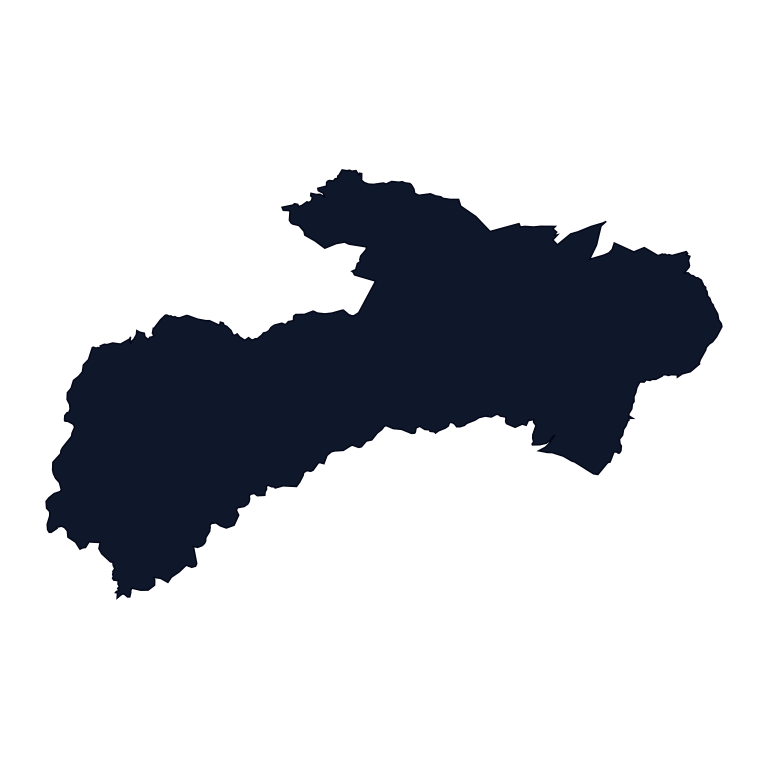 Huatlatlauca, Puebla, Mexico
{"feature_id": "50627088B76426864141477", "entity_name": "Huatlatlauca", "entity_type": "district", "adm_level": 2, "iso_a3": "MEX", "parent_name": "Mexico", "parent_adm1": "Puebla", "projection": "mercator", "projection_center": [-98.065, 18.679], "detail": "fine", "context": "isolated", "style": "filled", "palette": "ink", "viewbox_px": 768, "rotation_deg": 0, "n_neighbors": 0, "source": "geoboundaries", "source_scale": "gbopen_adm2", "svg_char_len": 6072}
<svg xmlns="http://www.w3.org/2000/svg" viewBox="0 0 768 768"><path d="M148.1,590.1L154.6,585.2L154.7,579.8L153.8,577.4L160.6,578.3L167.9,582.4L171.4,577.2L179.2,571.9L186.2,565.2L191.7,567.3L195.6,566.2L196.7,563.6L193.4,546.4L197.6,547.4L202.2,545.6L204.5,543.4L205.6,541.1L205.8,537.7L209.6,531.5L210.2,527.1L209.7,525.7L211.4,523.4L216.0,522.9L220.2,525.8L226.3,528.0L234.1,525.2L238.7,515.1L236.5,510.6L237.2,507.8L244.2,506.5L247.8,504.0L249.1,501.7L249.6,499.0L249.3,496.0L250.4,494.3L254.3,493.4L257.3,495.7L264.8,495.3L265.1,491.9L266.6,489.3L266.3,486.5L268.0,485.2L272.1,486.9L273.2,486.4L275.2,488.0L283.1,485.8L296.5,486.5L299.8,482.0L303.1,475.5L303.7,472.6L306.9,470.6L310.7,471.3L313.1,470.2L318.4,462.8L320.0,462.6L323.9,463.7L327.0,455.4L331.3,451.8L334.8,450.9L343.3,450.4L350.9,445.6L352.6,445.2L358.6,447.4L361.4,446.8L366.4,441.0L371.8,439.9L377.1,433.2L381.8,429.5L384.2,426.3L386.2,425.6L393.3,428.6L401.4,429.3L411.5,433.4L414.5,433.2L415.3,432.2L416.1,427.9L419.7,426.3L424.9,429.5L429.0,429.7L430.1,431.3L434.3,431.8L435.5,433.1L438.6,430.8L445.3,428.1L448.3,426.0L449.2,423.3L450.2,422.4L452.3,422.6L454.7,424.1L456.7,426.8L460.2,426.7L464.4,425.4L466.9,423.3L474.9,420.2L479.0,417.6L485.4,416.1L491.4,417.0L496.3,414.4L498.3,414.5L500.4,416.1L505.2,416.9L506.0,417.9L505.6,421.5L506.5,423.6L515.1,427.3L522.3,424.1L526.2,425.3L528.3,420.6L533.7,419.6L533.6,422.3L536.0,425.5L532.8,434.8L532.7,438.5L533.5,441.0L533.4,442.3L532.1,444.0L532.4,444.9L539.9,444.7L546.4,443.2L550.5,439.9L553.3,435.9L555.4,434.6L548.6,444.1L545.3,447.3L538.7,450.8L547.7,452.5L552.2,452.6L563.2,456.1L571.9,461.1L574.4,461.8L593.5,473.8L597.9,474.5L607.6,462.7L610.1,462.0L614.0,451.8L617.5,452.2L618.2,453.2L619.5,453.0L620.9,450.9L621.4,445.9L620.1,444.2L619.4,439.3L622.6,435.2L623.6,429.4L625.9,426.0L627.9,420.8L628.9,420.3L628.9,418.3L632.8,418.3L629.1,416.0L628.7,414.0L631.8,408.9L632.4,403.8L634.1,401.5L633.9,396.7L635.8,392.5L636.8,387.8L639.5,382.6L640.5,381.9L644.1,382.1L646.3,379.8L650.1,380.5L652.0,379.4L655.9,379.3L662.3,376.0L663.2,374.8L665.7,374.7L668.5,375.5L671.0,374.7L677.3,374.9L677.4,377.2L682.2,373.9L690.4,371.7L699.6,363.9L699.2,363.0L700.3,359.7L705.7,350.0L706.3,347.5L709.3,344.0L712.5,341.9L716.6,336.7L721.9,326.7L721.3,323.6L718.7,319.9L717.7,314.0L713.5,306.5L713.4,305.2L711.3,302.8L709.8,298.3L707.6,296.0L707.0,291.3L705.7,289.8L705.7,287.3L703.4,285.3L702.8,283.2L701.8,283.0L702.1,281.9L701.4,280.2L698.0,277.9L695.9,277.7L693.2,275.7L690.8,275.3L688.2,272.8L684.3,273.0L689.1,267.1L689.5,265.4L688.4,260.4L689.9,256.3L686.4,255.2L687.7,253.6L686.3,251.6L672.1,255.5L668.7,254.6L667.3,255.3L665.0,254.1L663.8,254.6L662.5,254.0L658.0,255.6L644.3,247.6L633.8,251.9L614.3,243.0L612.2,249.5L608.9,252.9L603.9,255.1L589.6,259.3L596.5,245.1L601.0,226.1L606.2,221.4L602.8,223.0L591.0,226.5L577.8,231.9L570.7,233.9L557.4,244.8L552.8,239.9L557.6,234.8L555.6,235.3L554.7,234.6L556.7,232.1L552.9,228.9L555.4,226.4L540.7,226.3L533.7,227.0L525.0,226.4L520.4,227.0L519.0,223.6L490.1,231.5L475.9,216.6L460.7,206.1L458.6,199.4L450.2,199.4L442.8,198.3L440.9,196.8L435.6,195.9L430.5,193.8L418.8,195.3L414.7,193.3L413.9,189.0L411.3,184.7L409.8,183.5L405.0,182.9L402.3,181.7L398.9,182.2L391.6,181.5L386.1,184.0L383.3,183.0L373.5,184.4L368.6,184.1L364.4,182.6L361.6,180.2L361.7,173.6L359.4,173.2L358.7,175.0L356.0,170.6L351.9,171.2L349.6,170.2L346.9,170.7L342.1,169.9L339.0,175.1L337.7,176.1L337.7,178.4L335.2,178.7L333.3,181.0L329.3,180.5L327.4,181.3L326.6,182.5L326.5,186.1L317.8,188.3L318.3,190.7L323.2,193.1L324.4,196.8L320.0,194.3L316.5,194.5L311.0,193.3L310.7,195.9L312.0,196.9L312.3,198.0L311.5,200.5L310.2,201.8L308.7,202.4L307.0,201.8L301.9,205.4L298.7,206.6L297.7,204.4L294.4,203.7L293.2,205.0L282.0,207.3L283.3,210.3L289.2,210.6L290.0,211.6L289.4,220.2L290.9,222.8L292.9,224.1L298.9,225.5L304.0,231.3L304.8,235.1L315.0,240.9L324.8,248.2L336.1,243.6L344.6,242.1L348.9,244.1L366.5,246.9L366.1,249.6L360.7,256.0L359.8,259.5L360.3,261.6L357.4,263.5L355.7,269.6L351.9,271.3L353.1,272.1L354.5,274.9L375.6,281.1L358.7,312.7L354.4,315.5L352.2,315.9L348.8,314.7L343.5,310.2L342.6,310.1L331.9,313.1L324.9,313.9L317.6,313.1L313.2,311.1L304.5,314.4L295.7,314.5L293.7,316.1L293.4,320.7L288.3,321.6L286.2,324.1L285.0,324.5L281.8,323.2L274.2,325.2L271.1,327.4L268.8,330.8L266.3,332.3L263.3,333.0L261.8,335.1L257.2,338.8L255.2,338.7L253.0,340.0L251.4,339.8L248.6,337.6L244.9,340.3L239.7,337.0L237.2,333.9L234.9,335.2L233.1,335.0L231.0,330.5L226.8,326.4L224.2,325.4L223.1,322.9L220.3,322.1L219.7,325.1L218.8,325.0L209.5,320.7L206.0,320.7L197.7,319.2L187.8,315.6L186.3,315.5L179.6,317.9L176.9,317.7L174.9,316.6L173.0,317.1L170.9,315.9L169.2,316.1L166.7,315.0L165.2,315.3L160.5,319.8L153.9,328.5L153.3,328.3L152.4,333.3L153.6,334.8L153.0,336.7L149.8,337.3L148.2,339.6L144.9,336.6L144.3,333.2L139.8,332.2L136.8,330.6L136.4,334.7L133.8,339.3L131.7,341.1L130.6,343.1L130.1,340.3L130.6,336.8L129.6,339.0L120.5,344.1L112.7,343.0L107.1,344.6L104.2,344.3L100.2,346.0L100.4,347.5L99.1,348.2L97.9,347.5L96.2,348.2L93.4,347.2L92.3,347.6L88.5,359.6L83.4,364.9L82.4,371.9L78.6,376.4L73.5,380.4L71.1,388.3L67.4,392.7L67.1,399.5L69.6,404.3L70.1,408.8L69.1,412.1L67.0,412.8L64.8,415.6L64.5,420.1L65.0,421.1L68.0,421.4L72.7,423.9L74.1,425.5L74.5,427.5L72.1,433.0L71.5,436.5L62.7,447.4L61.0,450.5L60.6,453.8L52.9,462.2L52.6,470.0L53.4,473.6L55.6,478.3L59.4,482.5L61.3,489.6L60.3,491.5L54.1,493.6L48.9,497.8L46.1,501.4L46.6,508.3L49.2,511.0L49.8,512.7L49.7,516.0L47.2,524.4L47.6,529.7L49.2,532.3L51.2,532.3L57.0,528.4L56.4,527.7L57.4,527.1L61.6,526.2L64.5,527.5L67.4,531.0L67.9,537.1L75.6,542.2L80.0,549.2L82.5,547.9L85.5,547.5L89.0,541.9L100.2,542.5L98.9,548.6L101.7,553.7L110.4,561.8L112.9,562.3L113.2,565.4L114.7,568.6L112.8,571.7L113.3,572.4L112.6,574.2L113.4,576.7L112.5,578.2L113.7,580.1L118.2,580.7L118.0,584.2L119.5,586.5L117.7,588.4L119.0,590.5L116.4,591.5L115.5,592.6L117.5,593.0L117.1,598.1L121.7,594.3L124.0,593.9L127.6,597.0L129.8,596.9L130.8,592.2L130.7,590.0L132.2,588.2L140.5,590.2L148.1,590.1Z" fill="#0f172a" stroke="#020617" stroke-width="1.5"/></svg>